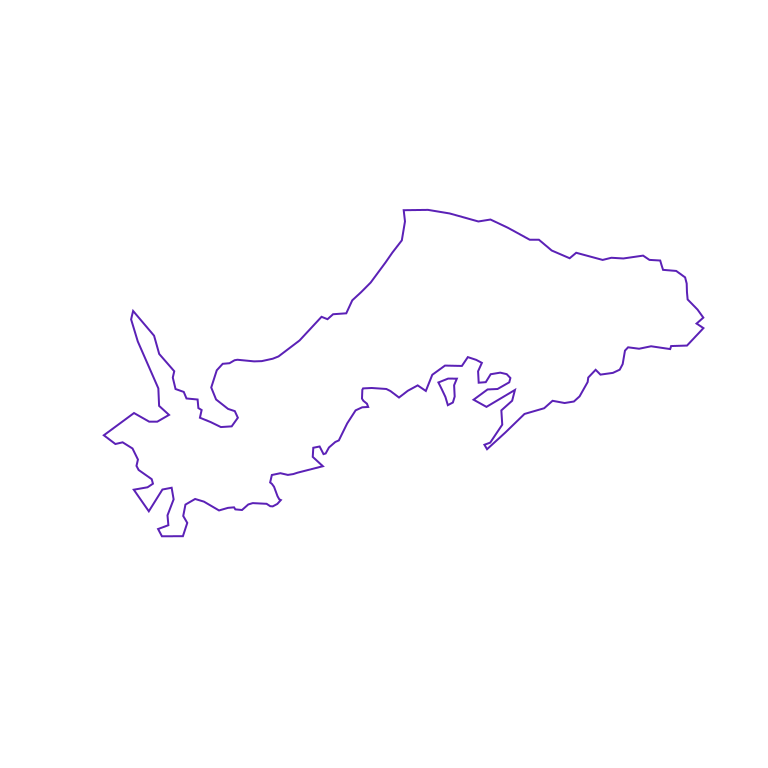 outline of Plaquemines, Louisiana, United States of America, rotated 118°
{"feature_id": "52423323B22525297064489", "entity_name": "Plaquemines", "entity_type": "district", "adm_level": 2, "iso_a3": "USA", "parent_name": "United States of America", "parent_adm1": "Louisiana", "projection": "robinson", "projection_center": [-89.516, 29.417], "detail": "fine", "context": "isolated", "style": "outline", "palette": "violet", "viewbox_px": 768, "rotation_deg": 118, "n_neighbors": 0, "source": "geoboundaries", "source_scale": "gbopen_adm2", "svg_char_len": 2651}
<svg xmlns="http://www.w3.org/2000/svg" viewBox="0 0 768 768"><g transform="rotate(118 384 384)"><path d="M218.8,147.7L215.7,148.3L207.8,134.5L184.7,128.2L183.9,136.4L175.5,133.2L171.1,142.1L166.8,155.6L160.7,159.6L153.2,163.9L148.5,168.2L147.0,179.1L152.2,191.2L149.0,194.5L145.3,198.1L149.8,207.9L149.0,215.5L160.8,231.6L165.8,242.5L171.8,249.2L177.9,275.9L185.8,279.1L187.4,298.6L183.9,315.0L188.2,323.0L187.9,348.2L188.8,367.2L196.2,377.0L202.6,406.1L209.6,426.9L221.3,448.2L230.6,441.8L248.8,435.7L264.0,438.3L275.8,439.7L300.7,443.4L313.6,447.3L325.0,451.3L339.3,450.5L346.3,461.7L353.3,464.3L354.0,470.7L385.2,479.0L409.2,490.1L413.9,494.1L421.2,502.7L425.0,509.3L431.4,524.8L433.2,527.1L438.2,530.2L441.9,535.9L450.4,538.1L468.2,534.9L476.5,525.0L479.2,510.0L478.0,503.0L482.4,497.2L492.9,498.6L498.6,507.8L499.0,519.1L500.2,530.7L492.6,532.8L492.4,536.6L485.2,541.3L489.5,551.6L485.0,557.1L486.3,565.7L477.5,573.5L471.2,575.2L463.0,596.6L449.3,609.7L437.3,639.8L442.8,638.4L445.7,637.6L462.0,621.4L493.8,581.2L508.9,572.3L512.2,559.3L523.7,566.5L527.5,573.7L527.0,591.1L560.8,607.3L563.1,593.0L558.2,587.4L559.0,575.8L566.2,565.8L572.5,564.1L575.1,560.3L577.1,544.4L580.5,541.2L586.2,544.3L594.8,555.3L606.8,531.9L581.2,530.1L575.3,522.8L584.6,515.6L601.6,513.5L609.9,508.1L618.1,515.4L622.7,508.6L612.8,490.1L599.0,492.5L594.8,499.3L583.7,502.7L574.2,496.8L572.4,487.8L573.1,470.3L566.6,463.6L563.3,458.5L564.5,456.4L561.9,450.2L554.1,447.3L550.8,444.0L544.9,431.4L545.3,427.1L544.3,424.8L540.0,421.9L534.9,420.6L535.0,422.3L533.1,425.3L526.4,432.8L524.8,436.1L524.4,438.3L517.0,440.3L511.4,433.6L509.4,426.2L506.1,421.8L502.9,418.7L485.3,399.4L481.8,412.7L473.5,416.5L469.4,411.5L474.3,404.5L472.7,402.9L465.9,402.8L458.1,399.8L455.0,397.4L436.1,398.0L420.6,396.7L414.8,392.3L411.7,387.2L409.4,389.8L408.5,394.4L407.2,396.6L399.3,400.4L397.7,400.4L393.3,393.0L387.3,379.6L387.2,375.0L388.9,364.4L378.8,359.8L369.4,353.6L370.5,343.8L353.2,345.7L339.1,338.8L331.5,323.7L320.9,322.6L319.4,313.9L319.4,307.5L328.6,306.9L338.4,301.0L334.6,295.0L325.3,294.4L319.4,286.7L317.7,280.3L319.4,275.2L323.7,274.2L335.1,281.4L340.2,290.0L355.8,297.5L356.1,282.8L327.8,265.6L338.6,263.0L352.2,268.0L364.4,260.5L385.9,262.7L390.5,266.8L393.2,262.4L369.9,254.1L344.5,245.9L330.2,231.2L319.7,227.3L316.0,215.6L310.3,208.1L303.1,205.5L286.7,205.1L282.4,206.7L272.1,203.8L274.1,197.3L266.7,187.1L260.7,182.6L254.4,182.6L241.4,186.9L237.0,185.7L233.1,175.3L225.3,165.9L218.8,147.7ZM345.1,322.2L349.1,329.9L357.1,336.7L361.3,330.8L366.6,323.7L372.7,317.7L368.0,314.5L361.9,315.7L352.2,321.5L345.1,322.2Z" fill="none" stroke="#5b21b6" stroke-width="2"/></g></svg>